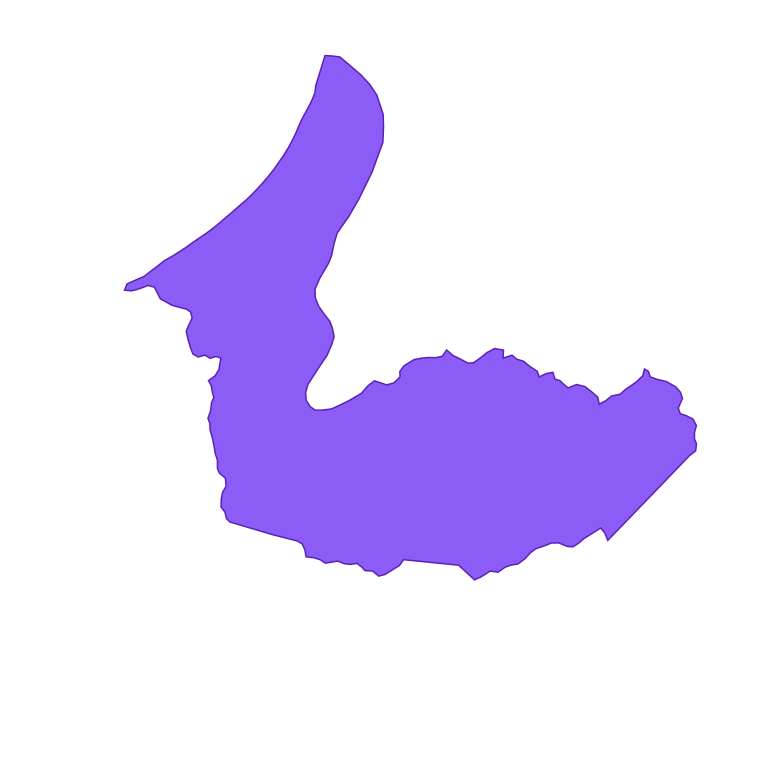 Ituberá, Bahia, Brazil (Equal Earth projection), rotated 224°
{"feature_id": "56859067B48317251517173", "entity_name": "Ituberá", "entity_type": "district", "adm_level": 2, "iso_a3": "BRA", "parent_name": "Brazil", "parent_adm1": "Bahia", "projection": "equal_earth", "projection_center": [-39.132, -13.75], "detail": "fine", "context": "isolated", "style": "filled", "palette": "violet", "viewbox_px": 768, "rotation_deg": 224, "n_neighbors": 0, "source": "geoboundaries", "source_scale": "gbopen_adm2", "svg_char_len": 3003}
<svg xmlns="http://www.w3.org/2000/svg" viewBox="0 0 768 768"><g transform="rotate(224 384 384)"><path d="M654.6,579.3L640.4,551.3L636.4,546.1L634.0,540.8L631.8,534.5L629.5,526.5L626.9,517.0L624.4,510.1L621.7,503.2L619.3,496.0L617.0,487.6L614.9,478.1L613.4,468.6L612.4,462.6L611.6,455.1L611.0,445.5L610.7,436.9L610.7,428.7L611.0,420.2L611.9,410.8L612.6,401.9L613.4,394.5L614.1,386.8L615.1,377.5L616.5,369.4L618.1,361.5L619.8,353.1L621.5,344.0L623.2,336.7L624.9,329.5L627.6,320.5L628.6,313.0L630.1,303.4L631.3,294.9L634.7,286.6L638.4,277.5L635.8,271.2L630.6,275.4L627.4,280.3L624.7,285.5L622.3,290.9L616.4,294.2L609.7,291.8L604.0,289.9L598.2,291.5L591.3,293.3L582.8,297.9L577.7,300.8L573.0,301.4L567.8,298.1L565.6,291.5L563.0,284.6L557.2,280.7L548.7,275.8L542.2,272.8L536.4,274.4L532.8,280.4L526.9,281.7L523.9,287.2L519.3,289.3L516.2,284.6L512.9,280.0L511.2,272.7L512.6,264.5L507.3,262.9L502.6,259.5L497.0,256.0L495.0,250.6L490.4,244.7L486.7,236.9L482.0,234.8L477.4,230.3L471.0,226.6L464.4,222.2L457.3,216.9L450.9,213.5L445.0,207.4L440.3,205.5L432.8,206.1L426.6,200.9L424.9,193.9L421.2,188.3L415.9,182.4L409.3,181.3L403.7,177.7L398.9,177.7L359.3,198.3L337.4,210.8L331.6,212.1L325.6,209.7L320.0,205.5L314.1,210.1L307.8,213.3L301.7,214.4L294.2,224.5L287.6,227.2L282.9,230.9L278.8,236.2L272.7,236.9L268.2,236.5L262.2,241.5L254.4,242.1L251.0,247.6L248.8,256.3L246.8,264.2L247.9,271.2L204.4,305.5L182.8,306.0L180.1,313.0L177.6,323.2L171.3,327.8L169.6,336.3L167.0,341.7L162.6,347.6L161.2,356.5L161.5,364.4L160.3,371.0L156.1,379.2L153.2,385.8L148.0,391.0L139.3,394.5L135.0,398.1L133.5,404.3L132.8,411.6L130.4,421.5L128.1,431.0L121.3,430.1L114.4,427.0L114.4,454.5L114.4,493.7L114.5,544.7L113.4,552.4L117.6,558.0L122.5,560.2L127.0,564.8L130.4,571.1L137.3,573.4L144.8,571.1L150.2,568.4L155.6,571.1L159.3,581.0L165.0,584.0L172.2,584.6L182.6,581.9L190.9,577.0L197.5,574.1L202.7,576.8L207.1,575.7L203.6,569.8L203.9,561.2L205.1,554.5L206.4,548.4L207.1,540.5L211.9,533.5L212.9,526.0L215.2,519.0L221.0,523.0L229.1,522.6L237.7,521.7L245.1,517.4L248.8,509.1L255.1,508.6L259.8,508.6L264.4,506.3L270.6,509.7L274.5,504.2L277.3,496.9L282.6,499.6L291.7,497.9L299.5,497.3L305.9,494.0L311.9,493.7L316.3,485.4L321.6,491.4L329.1,486.3L331.8,478.1L332.8,469.6L334.4,461.3L338.2,457.3L346.0,455.1L354.3,452.4L362.6,452.0L361.3,444.5L365.1,438.9L370.1,434.3L374.9,428.7L379.3,422.5L382.3,410.9L381.3,404.0L377.4,400.3L377.6,391.8L381.5,385.2L387.9,382.2L393.1,379.6L394.3,371.6L393.8,361.5L397.7,347.6L401.4,337.3L404.5,329.5L410.7,321.9L415.4,317.3L421.7,316.5L428.8,318.3L434.4,323.4L438.4,330.8L442.3,350.6L443.5,357.2L444.7,364.4L448.7,375.4L452.6,383.2L459.5,388.1L466.3,391.4L475.4,392.7L484.9,394.5L493.3,398.3L499.5,404.3L503.7,415.6L507.6,431.7L510.7,439.6L517.1,449.7L522.5,460.0L523.7,467.2L525.6,479.5L530.3,498.7L539.8,528.2L544.7,539.1L552.6,557.0L563.1,568.8L571.9,577.4L590.0,586.9L602.5,589.6L615.1,590.3L633.7,589.2L642.9,588.6L648.7,584.3L654.6,579.3Z" fill="#8b5cf6" stroke="#5b21b6" stroke-width="1.5"/></g></svg>